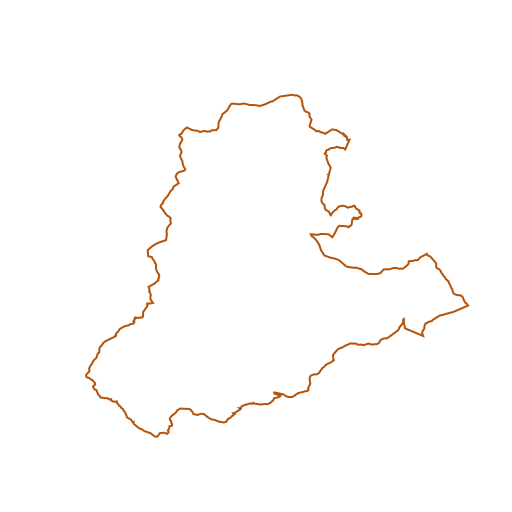 Brosteni, Suceava, Romania (Natural Earth projection), rotated 166°
{"feature_id": "2599482B22592859602374", "entity_name": "Brosteni", "entity_type": "district", "adm_level": 2, "iso_a3": "ROU", "parent_name": "Romania", "parent_adm1": "Suceava", "projection": "natural_earth1", "projection_center": [25.615, 47.201], "detail": "fine", "context": "isolated", "style": "outline", "palette": "amber", "viewbox_px": 512, "rotation_deg": 166, "n_neighbors": 0, "source": "geoboundaries", "source_scale": "gbopen_adm2", "svg_char_len": 6136}
<svg xmlns="http://www.w3.org/2000/svg" viewBox="0 0 512 512"><g transform="rotate(166 256 256)"><path d="M301.3,391.9L301.0,390.8L299.6,389.1L299.3,386.6L302.8,383.0L304.0,380.4L304.1,379.3L303.1,377.0L303.0,375.0L305.5,371.6L305.2,368.5L304.4,365.9L304.9,363.4L304.6,360.4L303.6,357.3L304.3,356.5L305.6,356.1L311.0,356.0L313.4,354.5L314.8,352.5L313.4,345.3L319.3,343.3L320.1,341.6L323.3,339.5L327.5,335.3L330.0,333.8L332.6,331.6L333.5,329.7L335.0,329.1L336.7,327.3L336.7,326.5L334.7,322.7L334.8,322.2L333.8,319.5L332.1,316.3L330.8,315.2L329.6,313.2L330.5,311.2L330.8,308.1L334.8,305.3L336.9,301.9L337.2,298.6L339.4,293.2L347.4,292.5L350.5,291.8L354.5,290.5L359.6,287.9L360.7,281.9L357.2,280.0L357.1,278.2L355.6,275.1L355.8,273.9L355.1,272.4L355.2,270.7L356.0,269.1L356.0,265.8L355.4,263.4L354.7,262.2L354.6,260.3L355.6,258.2L356.6,257.3L356.4,256.2L356.7,255.9L357.8,255.3L358.9,255.2L360.8,253.9L367.8,252.0L367.4,249.5L368.3,247.2L367.7,246.6L367.5,243.5L368.4,241.9L368.8,239.2L367.3,235.4L369.5,235.4L373.1,236.3L373.5,235.7L373.0,234.9L374.0,233.3L379.1,228.9L380.1,225.0L380.4,225.1L381.1,223.9L385.6,224.5L388.0,225.6L388.4,225.3L388.0,224.6L388.2,224.3L388.8,224.3L390.3,222.8L390.1,222.6L390.6,222.3L390.0,221.8L390.2,221.0L391.2,220.1L394.7,220.3L395.8,219.6L400.6,219.6L405.7,218.2L408.7,215.5L409.8,215.2L411.4,213.4L411.0,212.8L411.5,212.1L422.9,209.7L425.3,208.5L426.6,207.2L429.6,205.1L431.0,202.5L431.1,200.9L431.6,200.2L433.1,199.7L435.6,195.7L438.4,194.2L440.7,192.1L441.5,190.7L443.2,189.7L445.3,186.8L445.2,185.3L446.4,183.7L448.5,182.7L449.6,181.6L449.8,179.7L449.0,178.8L447.6,178.3L446.0,176.1L445.0,175.5L442.9,171.4L443.2,170.2L445.6,168.9L445.7,168.0L444.9,165.6L443.3,164.6L442.6,159.5L441.5,158.2L441.4,156.6L437.3,154.7L434.0,153.7L433.2,152.3L431.2,152.1L431.4,151.0L430.6,149.9L428.2,148.7L426.3,148.6L426.5,147.1L425.4,145.5L425.1,143.8L424.0,142.9L423.4,141.2L422.0,139.4L421.8,137.8L421.0,136.5L420.3,132.4L420.3,130.7L416.9,127.5L416.0,124.8L415.5,124.3L414.9,124.4L415.4,123.5L415.2,122.6L410.9,116.9L409.0,115.8L406.3,112.7L404.5,111.9L402.7,110.3L401.5,110.0L398.3,105.9L397.2,105.1L395.7,104.6L395.1,104.8L392.2,107.3L388.8,107.0L387.2,106.4L385.5,104.9L383.7,105.8L383.3,106.7L383.8,108.1L382.2,109.3L381.1,111.8L378.7,111.6L378.0,113.0L378.6,115.1L378.3,116.6L379.1,117.6L378.9,119.3L376.7,121.2L371.8,123.3L369.9,125.2L366.4,126.3L358.1,123.8L356.6,122.7L355.3,119.8L354.8,117.7L351.1,115.9L348.2,116.3L346.0,115.8L344.6,115.1L341.6,110.9L338.7,108.2L336.3,107.3L332.1,104.3L327.6,102.3L325.0,102.4L322.3,104.9L320.8,104.8L317.8,106.6L316.5,106.9L316.3,107.9L315.2,107.9L315.8,108.9L314.3,108.5L313.8,109.2L308.8,110.8L308.2,111.2L308.9,112.3L307.4,111.8L306.5,113.5L304.3,114.0L297.4,114.4L296.8,113.9L294.9,113.7L294.3,114.2L293.9,113.5L287.4,110.7L283.8,110.4L280.4,109.4L276.5,110.4L275.5,111.3L274.1,111.8L273.1,113.5L268.2,113.6L266.2,114.3L267.1,115.2L270.9,117.7L271.6,118.6L271.2,119.2L262.8,115.0L260.8,112.8L259.0,111.5L256.6,110.7L254.4,110.5L248.5,112.7L238.0,112.8L237.6,113.2L237.4,115.2L234.2,118.9L233.9,122.7L233.3,124.9L232.1,126.5L228.6,127.2L226.3,126.5L223.7,126.9L218.5,131.4L217.3,131.6L214.6,133.5L208.1,135.0L205.6,136.1L205.9,137.3L205.4,140.8L204.3,142.2L198.7,145.9L194.1,146.4L191.1,147.4L185.3,148.3L179.8,146.6L178.9,145.4L174.8,144.4L173.0,143.4L168.3,143.9L164.5,141.8L162.3,141.8L160.6,141.3L157.9,141.7L155.5,144.3L152.0,145.1L148.7,144.4L137.0,149.1L135.3,150.2L134.2,152.0L130.2,154.9L129.0,156.7L128.4,158.9L127.8,159.1L128.8,154.5L128.8,149.7L113.2,138.0L113.4,140.4L113.1,142.2L110.4,144.7L109.5,147.3L107.6,149.6L106.4,149.6L104.6,150.4L101.4,150.3L100.0,151.2L92.3,153.7L78.2,154.0L62.2,156.6L63.4,159.2L64.4,160.3L65.6,166.8L67.9,168.8L70.4,169.4L73.2,171.5L73.7,173.9L73.5,176.2L74.3,177.7L74.6,180.8L75.4,183.1L75.3,184.7L77.6,188.0L78.0,190.1L78.9,191.4L79.3,193.1L80.1,194.4L80.5,197.1L81.9,199.2L83.6,200.6L83.7,202.7L83.0,204.5L83.2,205.9L87.0,213.3L89.7,215.4L89.7,216.8L96.9,214.9L100.1,212.8L102.7,213.5L103.9,213.2L108.6,213.9L109.2,213.6L109.9,211.4L113.7,209.3L116.5,208.2L121.0,209.3L123.0,210.5L125.9,211.1L129.5,210.8L135.2,212.1L139.8,209.2L143.5,209.3L151.2,211.4L155.3,215.4L156.4,217.3L161.9,220.6L163.7,220.8L169.8,223.3L171.2,224.4L176.7,232.2L181.2,235.0L183.9,236.2L189.6,240.0L191.5,245.9L191.9,251.3L192.5,253.4L193.3,256.0L195.6,260.1L197.2,262.0L197.5,263.9L191.2,261.6L187.8,261.7L183.4,260.6L180.1,259.3L177.5,255.7L174.1,258.9L170.2,263.7L167.9,265.1L161.1,263.0L158.9,261.5L157.9,262.4L156.2,262.7L155.6,263.4L153.6,268.3L152.2,268.3L152.1,269.5L150.4,269.1L150.4,268.2L149.9,267.5L148.0,267.5L148.2,268.4L144.5,268.9L143.6,270.6L143.7,272.0L144.6,272.3L145.2,273.8L144.5,275.0L147.1,277.5L148.1,279.7L148.0,280.5L149.0,281.2L150.8,280.6L154.1,280.9L155.3,280.7L157.2,282.6L159.4,283.7L162.3,284.0L164.8,283.5L166.3,281.9L169.2,280.9L172.0,279.1L173.5,277.4L173.9,278.0L174.5,281.3L177.3,284.0L177.6,285.4L177.6,286.9L177.0,288.7L178.6,290.8L179.2,292.8L179.0,294.5L178.3,296.3L176.1,299.5L175.5,302.0L174.6,303.6L169.0,310.7L165.8,317.1L166.2,317.6L165.4,317.8L162.1,323.7L163.4,328.0L163.9,333.0L163.9,334.7L162.9,336.3L164.3,338.1L164.4,338.9L163.0,339.6L162.5,341.2L161.7,341.5L159.7,341.6L158.5,342.4L157.0,342.5L152.9,342.0L151.4,342.4L149.0,341.3L148.6,340.6L145.0,339.6L143.7,337.8L137.5,345.7L137.9,345.6L138.1,346.3L139.3,346.5L139.0,348.1L139.4,348.8L139.2,349.4L140.4,350.5L139.7,350.6L141.1,352.8L141.3,351.7L142.5,353.6L147.6,358.8L151.6,360.4L159.4,357.8L161.1,359.5L163.0,360.2L165.0,362.2L167.2,362.4L169.3,365.2L172.5,368.3L172.6,369.2L169.1,374.8L170.4,378.7L169.6,381.3L170.7,382.6L173.0,384.3L173.8,385.5L174.4,391.0L173.9,394.1L174.0,397.5L175.3,400.2L177.7,402.1L179.6,402.4L181.9,403.7L194.1,404.9L202.7,402.0L204.3,402.2L209.5,401.1L215.7,400.6L220.7,402.7L225.7,404.1L230.5,406.8L235.7,407.3L242.4,409.7L243.9,409.2L248.8,404.2L254.3,401.7L255.9,399.2L259.8,394.9L261.7,389.3L264.2,387.7L268.3,388.7L270.5,387.8L272.1,388.5L273.9,388.7L275.9,389.9L280.2,389.8L282.6,391.7L287.1,393.4L292.0,397.4L295.3,395.9L298.7,392.8L301.3,391.9Z" fill="none" stroke="#b45309" stroke-width="2"/></g></svg>